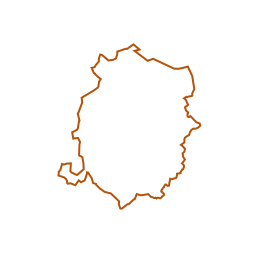 outline of Kajuru, Kaduna, Nigeria, rotated 145°
{"feature_id": "59680162B79502957035648", "entity_name": "Kajuru", "entity_type": "district", "adm_level": 2, "iso_a3": "NGA", "parent_name": "Nigeria", "parent_adm1": "Kaduna", "projection": "albers", "projection_center": [7.809, 10.253], "detail": "fine", "context": "isolated", "style": "outline", "palette": "amber", "viewbox_px": 256, "rotation_deg": 145, "n_neighbors": 0, "source": "geoboundaries", "source_scale": "gbopen_adm2", "svg_char_len": 3058}
<svg xmlns="http://www.w3.org/2000/svg" viewBox="0 0 256 256"><g transform="rotate(145 128 128)"><path d="M164.3,161.7L168.4,157.3L169.3,156.5L170.8,155.8L176.2,156.5L178.9,150.7L178.5,150.6L174.7,148.5L175.3,144.0L177.2,142.4L183.7,133.7L183.7,133.3L182.1,130.4L184.9,124.4L188.0,119.6L196.7,118.7L196.8,118.8L199.7,123.7L200.0,125.6L195.1,131.8L198.6,134.0L201.5,134.8L202.6,136.4L207.2,132.6L207.4,132.4L209.8,131.9L210.7,130.6L212.2,129.0L208.5,123.9L208.0,121.1L208.4,119.6L209.3,118.0L209.2,116.8L206.9,115.8L205.2,113.2L204.0,111.4L202.8,111.8L198.4,113.3L197.6,110.5L193.6,109.9L192.7,110.5L188.2,113.8L187.0,115.2L186.3,114.3L186.5,107.7L187.8,103.9L188.1,102.9L186.3,100.4L186.6,99.9L186.5,98.8L185.7,94.4L183.7,89.0L183.3,88.5L179.6,84.3L179.5,83.9L177.4,73.3L177.4,72.8L179.2,70.9L180.2,67.6L180.4,67.1L180.4,66.3L179.1,65.5L172.2,65.9L171.0,65.2L164.2,66.2L163.4,65.8L158.7,68.8L155.8,65.3L150.6,62.8L150.0,62.5L149.5,62.5L148.6,58.2L147.7,57.3L147.2,56.6L147.0,56.0L146.6,55.4L146.0,55.2L145.4,55.1L145.3,54.4L145.1,54.0L144.6,54.0L144.0,54.0L143.5,53.7L142.9,53.2L142.7,52.8L142.4,52.6L142.1,52.3L141.8,52.0L141.1,51.9L140.1,52.0L139.3,52.4L138.6,52.4L137.3,52.4L136.5,53.1L136.4,53.9L136.6,54.8L136.7,55.7L137.1,56.4L137.0,56.8L137.0,57.2L136.8,57.3L136.6,57.4L136.4,57.7L136.1,57.9L135.5,58.0L134.7,58.4L134.0,58.7L133.4,58.9L133.0,58.9L132.5,58.9L132.2,59.3L131.8,59.5L131.4,59.7L130.8,60.0L130.2,60.2L129.6,60.2L129.3,59.9L129.1,59.4L129.0,58.9L128.9,58.3L128.7,57.7L127.4,57.3L126.5,58.3L126.1,58.8L122.5,62.2L121.2,60.8L116.9,59.5L114.6,61.6L114.2,62.0L114.0,62.4L110.9,60.9L110.4,61.6L107.4,62.9L107.0,62.6L106.4,62.7L104.2,64.2L103.6,65.6L104.0,68.0L99.5,69.5L99.3,73.0L97.7,76.0L95.5,76.2L93.2,78.3L93.6,80.9L93.7,82.1L94.2,83.5L94.3,83.8L90.0,83.9L88.2,86.5L87.0,87.3L85.8,87.5L84.1,87.4L81.9,87.2L79.7,89.0L77.2,90.0L75.0,90.1L72.7,88.5L69.8,88.1L67.3,88.6L66.7,90.6L68.7,93.4L69.5,98.6L70.0,101.9L70.2,102.0L70.3,102.0L70.8,101.9L71.0,101.9L71.5,101.9L71.8,102.0L72.0,102.1L72.1,102.3L72.3,102.5L72.4,103.0L72.4,103.4L72.3,103.6L72.3,103.8L72.2,104.1L72.0,104.3L71.6,104.7L70.9,105.6L70.3,105.8L69.8,106.2L70.1,106.6L70.1,107.3L70.4,109.2L70.1,110.1L69.8,111.2L69.4,112.3L68.4,112.5L67.0,112.3L65.4,112.5L65.2,114.5L65.0,115.5L64.5,117.6L64.9,119.6L65.1,120.1L64.6,120.1L63.9,120.2L62.2,120.0L62.0,119.7L61.9,119.4L61.3,119.3L58.8,118.4L58.0,117.8L56.7,117.6L55.9,119.1L54.9,119.9L53.8,120.5L51.4,121.8L45.5,133.9L43.8,144.0L47.2,145.2L52.7,147.5L56.2,150.2L57.9,153.2L67.7,170.2L72.8,171.7L73.3,171.7L78.4,187.4L73.6,185.6L75.6,193.4L82.8,193.3L83.4,193.3L84.1,193.9L84.3,194.2L92.9,196.7L94.7,194.4L98.0,191.9L101.1,192.4L104.7,194.2L105.3,194.6L107.3,202.5L108.6,204.1L112.3,201.3L113.6,199.3L116.8,198.4L118.1,198.1L120.5,197.0L123.3,198.1L124.4,193.0L123.9,191.3L124.0,191.1L123.9,190.1L123.6,188.7L123.3,187.4L122.3,183.7L125.1,182.6L128.4,179.0L129.9,178.4L135.4,178.4L139.5,178.7L142.5,178.9L148.6,179.4L150.9,175.1L159.8,169.0L160.9,168.6L163.5,161.8L164.3,161.7Z" fill="none" stroke="#b45309" stroke-width="2"/></g></svg>